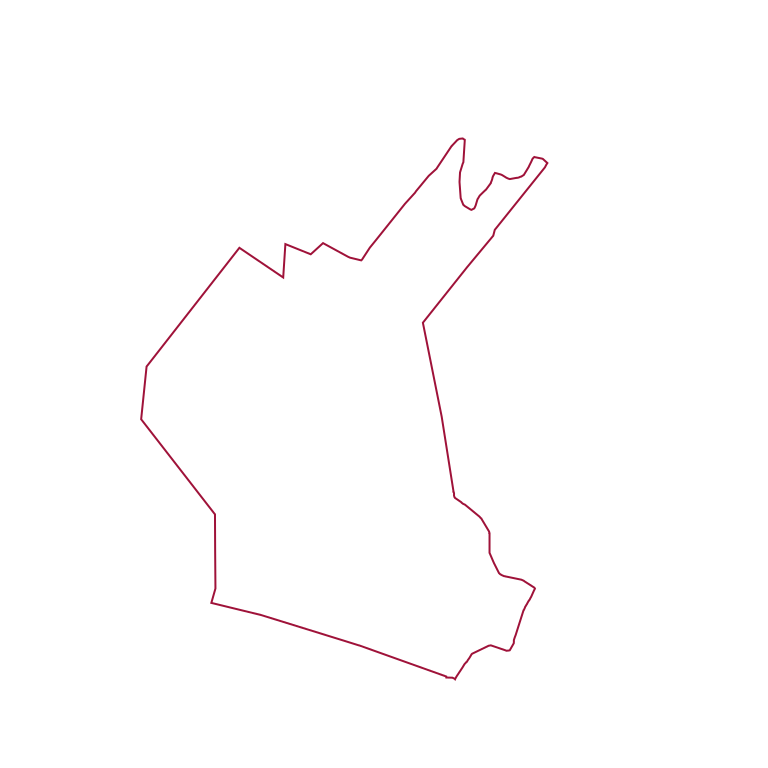 outline of Kwekwe Urban, Midlands, Zimbabwe, rotated 114°
{"feature_id": "62879985B80414783582816", "entity_name": "Kwekwe Urban", "entity_type": "district", "adm_level": 2, "iso_a3": "ZWE", "parent_name": "Zimbabwe", "parent_adm1": "Midlands", "projection": "orthographic", "projection_center": [29.786, -18.913], "detail": "fine", "context": "isolated", "style": "outline", "palette": "rose", "viewbox_px": 768, "rotation_deg": 114, "n_neighbors": 0, "source": "geoboundaries", "source_scale": "gbopen_adm2", "svg_char_len": 3850}
<svg xmlns="http://www.w3.org/2000/svg" viewBox="0 0 768 768"><g transform="rotate(114 384 384)"><path d="M552.8,162.4L533.9,164.5L533.6,164.3L533.3,164.3L532.2,164.3L531.5,164.3L530.7,164.3L530.0,164.4L528.6,164.1L527.7,164.1L527.0,163.9L525.9,163.9L525.4,163.8L525.0,163.8L524.7,163.8L524.3,163.7L523.6,163.7L523.2,163.5L522.7,163.5L522.5,163.4L522.2,163.4L521.7,163.2L521.0,163.2L520.3,163.2L519.5,163.1L518.6,163.0L517.5,163.0L517.0,163.0L514.5,163.0L513.7,163.0L513.3,163.0L512.3,163.0L511.5,163.0L510.7,162.9L510.0,162.9L509.5,162.9L508.9,163.8L507.1,175.7L506.9,176.1L506.9,178.0L506.9,178.9L510.2,194.0L510.4,194.7L510.4,195.4L510.7,196.1L510.7,196.8L510.7,197.3L510.7,199.2L510.5,199.9L510.5,200.6L510.2,201.3L510.0,202.0L502.8,210.8L502.4,211.2L501.9,211.8L495.5,218.7L495.8,218.7L477.6,226.8L477.6,227.1L477.1,227.3L476.6,227.5L475.9,228.2L467.6,240.0L467.3,240.3L467.3,240.5L467.1,241.0L466.9,241.7L466.4,242.6L461.3,261.0L461.3,261.5L461.3,262.2L461.3,263.1L461.1,263.8L460.9,264.8L460.6,265.2L459.2,272.8L459.0,273.0L458.8,273.5L458.5,273.7L458.3,273.9L457.8,274.4L457.4,274.7L456.4,275.1L455.7,275.4L455.0,275.8L454.6,276.3L454.1,276.6L454.1,276.8L453.9,276.8L390.4,318.0L312.2,373.4L243.5,355.6L204.1,344.5L198.1,345.5L120.6,325.1L117.4,324.9L115.7,324.6L113.8,330.3L113.8,331.2L115.5,338.8L115.5,339.0L115.8,339.1L116.2,339.4L116.6,339.5L117.0,339.6L117.4,339.8L117.5,339.8L117.8,339.9L118.2,339.9L118.6,339.9L120.0,339.9L120.5,339.9L121.1,339.9L125.6,340.1L126.1,340.1L126.9,340.1L127.3,340.1L127.6,340.2L127.8,340.2L136.2,341.3L136.7,341.7L137.4,342.1L137.8,342.4L138.2,342.7L138.5,342.8L138.7,343.1L139.0,343.3L139.2,343.7L139.5,344.0L139.9,344.3L140.2,344.5L140.4,344.8L140.8,345.2L141.2,345.7L141.5,346.3L141.8,346.7L141.9,347.0L142.0,347.1L145.6,352.4L145.8,353.8L145.8,354.4L145.8,355.1L145.8,355.7L145.8,356.1L145.8,356.3L145.7,356.6L145.1,361.0L145.1,361.4L145.1,361.9L145.1,362.5L145.9,367.9L146.0,368.1L146.1,368.4L146.1,368.5L149.6,368.9L150.0,368.9L150.5,368.9L150.9,368.8L151.5,368.8L152.1,368.6L152.8,368.5L153.6,368.4L155.4,368.3L156.2,368.3L156.6,368.3L156.9,368.1L164.6,369.8L165.0,369.9L165.3,370.0L165.7,370.3L166.1,370.4L166.6,370.6L167.0,370.8L167.5,371.0L168.0,371.2L172.5,373.0L173.6,373.3L174.1,373.3L174.8,373.4L175.3,373.5L175.7,373.5L176.3,373.5L176.8,373.7L177.5,373.7L183.6,372.9L184.4,372.9L185.0,372.9L185.7,372.9L186.2,372.9L186.5,373.0L186.9,373.0L189.3,374.9L189.3,375.2L189.4,375.5L189.4,375.9L189.4,376.3L189.3,376.7L189.3,377.1L188.6,382.7L188.4,383.2L188.3,383.6L188.1,384.0L188.1,384.3L188.0,384.5L183.7,388.9L183.3,389.2L183.1,389.5L168.7,397.2L159.8,400.6L150.8,401.7L150.0,401.7L149.3,401.7L149.1,401.7L128.6,409.3L128.4,409.4L128.0,409.6L127.9,411.3L127.7,411.6L127.7,412.0L129.4,414.9L129.6,415.1L129.8,415.2L130.4,415.6L130.8,415.9L131.4,416.3L138.3,418.7L138.6,418.7L139.0,419.0L139.5,419.1L164.6,423.4L165.2,423.5L165.6,423.5L165.8,423.5L175.6,427.8L195.0,433.2L196.5,433.4L210.7,438.1L256.3,450.0L265.2,452.4L279.5,454.7L280.2,454.6L280.2,454.4L282.4,466.4L282.4,466.9L282.4,467.6L282.4,468.5L280.1,497.0L289.9,501.3L295.3,503.7L296.3,531.0L327.7,519.4L318.4,571.5L462.7,607.5L464.6,608.0L515.0,591.5L571.3,486.4L571.8,485.4L603.3,471.2L604.2,470.8L639.4,454.8L654.2,452.7L645.1,402.6L634.8,316.2L633.0,300.6L632.9,300.4L625.9,208.2L626.8,207.7L624.5,202.1L624.5,200.1L624.5,199.7L624.8,199.0L624.1,199.0L621.8,198.8L611.1,197.0L607.1,196.5L606.2,196.2L605.5,195.9L604.8,195.8L604.1,195.3L602.1,195.1L599.8,194.6L597.5,194.3L595.5,194.1L594.6,193.8L580.5,181.9L580.2,181.4L579.8,180.8L579.3,180.1L577.9,164.7L577.9,164.0L577.9,163.9L577.9,163.7L577.4,162.8L577.0,162.1L576.6,161.4L576.1,160.8L568.1,160.0L567.7,160.1L567.3,160.3L567.0,160.4L566.4,160.6L565.9,160.9L565.0,161.2L564.1,161.3L562.1,161.5L559.9,161.6L552.8,162.4Z" fill="none" stroke="#9f1239" stroke-width="2"/></g></svg>